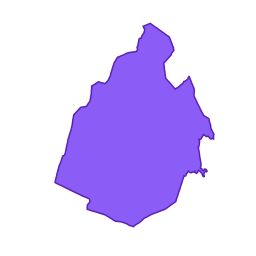 outline of Silajāņu pag., Riebinu, Latvia, rotated 258°
{"feature_id": "27541924B19288129652023", "entity_name": "Silajāņu pag.", "entity_type": "district", "adm_level": 2, "iso_a3": "LVA", "parent_name": "Latvia", "parent_adm1": "Riebinu", "projection": "natural_earth1", "projection_center": [26.904, 56.358], "detail": "fine", "context": "isolated", "style": "filled", "palette": "violet", "viewbox_px": 256, "rotation_deg": 258, "n_neighbors": 0, "source": "geoboundaries", "source_scale": "gbopen_adm2", "svg_char_len": 5361}
<svg xmlns="http://www.w3.org/2000/svg" viewBox="0 0 256 256"><g transform="rotate(258 128 128)"><path d="M105.0,52.6L104.9,52.7L102.7,51.4L97.0,48.6L95.3,47.8L93.2,46.8L91.9,46.2L89.9,45.3L89.2,46.0L88.0,47.5L86.3,49.9L81.0,56.5L77.8,60.6L76.7,62.0L72.7,67.2L70.7,69.7L70.8,69.8L69.8,71.1L69.2,72.1L68.2,73.5L66.8,75.4L66.7,75.5L65.4,75.7L63.3,75.0L62.3,73.7L61.6,72.7L60.3,72.0L59.7,71.8L58.9,71.6L56.9,71.2L56.8,71.4L56.4,72.2L54.2,76.0L53.9,76.5L53.4,77.7L52.7,78.8L52.0,80.2L51.3,81.3L49.9,83.7L49.4,85.3L49.1,85.3L47.8,87.5L47.3,88.1L46.6,88.7L46.3,89.1L45.5,90.0L44.9,90.7L44.2,91.4L42.3,93.4L42.2,93.5L40.2,95.4L39.7,96.2L39.3,96.5L39.2,97.2L38.4,99.5L37.8,101.4L36.9,103.2L36.5,103.8L34.4,107.1L33.8,107.6L33.5,108.0L33.4,108.1L32.1,109.6L31.9,109.9L31.9,110.4L30.4,112.7L31.5,114.8L32.4,117.2L32.7,118.2L33.4,120.1L34.2,121.5L35.4,123.5L36.4,125.2L36.9,127.2L37.0,127.5L38.6,133.1L39.2,136.6L39.4,138.7L40.3,143.7L40.4,145.4L41.2,148.2L41.3,148.3L41.9,149.9L42.3,150.7L42.4,150.9L43.4,153.1L45.3,157.5L45.7,158.4L45.9,159.3L48.3,160.6L49.2,161.1L51.5,162.5L53.1,163.4L55.1,164.5L55.9,165.0L57.3,165.9L59.2,166.9L61.6,168.3L62.3,168.7L64.5,170.0L65.2,170.3L65.8,170.7L67.8,171.8L68.2,172.1L68.8,172.5L69.5,172.8L69.3,173.0L69.1,173.3L69.0,173.6L69.2,174.2L69.3,174.5L69.7,174.8L70.1,175.2L70.7,175.5L71.1,175.7L71.2,175.8L71.5,176.1L71.6,176.6L72.1,177.1L72.6,177.4L73.3,177.9L73.3,178.0L71.5,179.6L71.2,180.0L71.1,180.5L71.2,181.5L71.5,183.5L71.5,183.8L71.5,184.0L71.4,184.0L71.5,184.1L71.3,184.1L71.2,184.2L71.0,184.3L70.6,184.6L70.3,184.8L69.8,185.1L69.7,185.2L69.5,185.3L69.4,185.5L69.5,185.9L70.0,186.3L70.1,186.5L70.2,186.8L70.4,187.1L70.6,187.2L70.9,187.2L71.3,187.4L71.5,187.5L71.8,187.5L71.9,187.8L71.9,188.0L71.8,188.3L71.6,188.5L71.2,188.9L70.8,189.2L69.8,189.9L69.3,190.1L69.0,190.3L68.6,190.6L68.2,190.8L67.8,190.9L67.3,191.0L66.9,191.0L66.5,191.0L65.9,191.2L65.6,191.2L65.4,191.3L65.1,191.5L64.9,191.6L64.7,191.8L64.6,192.0L64.7,192.5L64.9,192.5L65.4,192.6L65.8,192.5L66.2,192.5L66.7,192.5L67.0,192.6L67.6,192.9L68.0,193.1L68.4,193.5L68.7,193.8L69.1,194.2L69.5,194.6L69.7,194.9L69.7,195.0L69.9,195.3L69.9,195.6L69.6,195.8L69.3,195.9L69.2,196.0L68.9,196.1L69.0,196.2L69.8,196.3L70.1,196.3L70.7,195.9L71.4,195.7L71.5,195.5L71.7,194.9L71.9,194.5L71.9,194.1L71.8,193.9L71.6,193.9L71.2,193.7L70.9,193.4L70.8,192.9L70.9,192.6L71.1,192.3L71.4,192.1L71.9,191.9L72.6,191.7L73.1,191.6L73.2,191.3L73.2,191.0L73.4,190.7L73.5,190.5L73.8,190.5L74.1,190.5L74.5,190.7L74.7,190.8L75.0,190.9L75.1,191.1L75.4,191.3L75.7,191.5L75.9,191.6L76.1,191.6L76.4,191.7L76.7,191.7L77.1,191.9L78.1,192.0L80.4,192.1L85.0,192.2L86.8,192.4L88.2,192.5L89.3,192.5L89.8,192.6L94.2,192.7L94.1,192.8L96.2,193.9L99.8,195.2L99.9,195.3L102.2,195.1L102.0,195.4L101.9,196.6L102.2,197.2L103.8,198.6L104.5,199.4L105.8,200.5L105.2,201.2L104.3,202.1L103.3,202.8L103.3,204.5L103.2,204.7L100.8,206.1L100.2,206.6L99.9,207.1L100.4,208.6L99.6,209.1L99.4,209.4L100.2,209.6L101.8,209.9L102.5,210.0L102.8,210.0L103.0,210.0L103.3,210.3L103.4,210.5L103.6,210.7L109.2,209.4L109.8,209.2L110.8,208.9L112.7,209.4L114.3,209.3L116.0,209.1L120.4,209.0L122.6,206.6L124.4,204.7L126.4,204.1L127.0,203.9L129.8,203.1L132.6,202.4L139.2,200.7L141.3,200.3L145.7,199.2L151.0,200.7L152.6,200.8L156.7,200.1L158.0,199.8L162.4,199.1L165.8,198.5L166.2,198.6L165.4,197.9L164.2,197.1L163.4,196.5L163.2,196.2L163.0,195.9L162.7,195.2L161.9,193.2L161.8,192.9L161.9,192.3L161.8,192.1L161.7,192.0L161.4,191.9L160.9,191.7L160.6,191.5L160.4,191.3L158.8,188.0L158.4,187.2L158.0,186.6L157.4,185.5L157.1,184.6L156.8,183.5L156.8,183.2L156.6,182.9L156.2,182.4L157.3,181.7L162.7,178.7L163.7,178.2L165.7,177.0L168.9,175.2L169.4,175.2L171.4,175.4L174.0,175.6L176.2,175.8L176.6,175.8L180.8,176.2L184.0,176.4L185.4,178.4L186.6,180.1L187.8,181.7L189.2,183.7L190.4,185.3L190.6,185.6L191.7,185.9L192.5,186.6L192.6,186.9L193.6,188.2L194.2,188.9L197.7,189.2L197.9,188.9L198.5,188.8L202.5,188.3L204.5,188.0L208.6,187.2L210.1,185.8L212.2,183.7L212.7,183.4L214.0,182.2L216.3,180.1L216.7,179.7L219.2,177.5L221.3,175.5L222.7,174.2L225.6,171.7L225.4,169.7L225.0,167.8L224.4,164.4L224.3,164.0L223.0,164.3L222.4,164.3L222.1,164.6L221.8,164.7L221.2,164.8L220.8,164.7L220.2,164.5L218.1,163.6L217.6,163.2L215.9,161.4L215.0,160.5L213.5,159.8L213.2,159.6L213.2,158.6L213.2,157.9L212.6,157.2L210.4,156.4L208.0,155.3L206.6,154.9L206.3,154.6L205.1,153.6L204.3,153.6L203.4,153.7L203.0,153.7L202.9,153.7L202.3,153.2L201.1,152.2L201.3,148.6L201.4,146.8L201.6,143.7L201.4,143.1L201.3,142.3L201.2,141.1L200.5,139.5L200.1,136.9L200.1,136.6L199.9,135.5L199.7,134.7L199.5,134.4L199.6,134.0L199.6,133.4L199.4,132.5L197.0,130.3L194.9,128.2L189.6,125.1L187.4,124.0L185.9,123.1L185.4,122.8L182.5,121.4L178.7,118.4L177.1,116.3L176.3,114.8L176.4,114.4L176.6,113.8L177.0,113.3L177.7,111.3L179.1,109.4L179.3,108.7L178.5,106.5L178.4,106.1L178.2,105.4L177.9,105.1L177.6,104.2L176.8,101.9L176.6,101.1L175.8,101.0L175.6,101.0L175.0,100.8L173.1,100.3L172.0,99.9L171.3,99.7L171.1,99.7L169.9,99.4L169.5,99.3L167.4,98.5L162.2,96.4L161.5,95.7L160.0,94.0L158.8,92.8L157.9,91.9L157.8,91.7L157.8,91.0L157.8,90.2L157.9,89.3L158.0,86.0L152.2,77.7L146.1,75.2L145.7,75.2L142.6,74.0L141.2,73.4L137.8,71.8L133.7,69.4L128.6,66.7L126.3,65.8L126.0,65.6L120.8,63.3L115.8,61.1L115.7,61.1L114.4,59.6L114.2,58.3L109.2,55.5L105.0,52.6Z" fill="#8b5cf6" stroke="#5b21b6" stroke-width="1.5"/></g></svg>